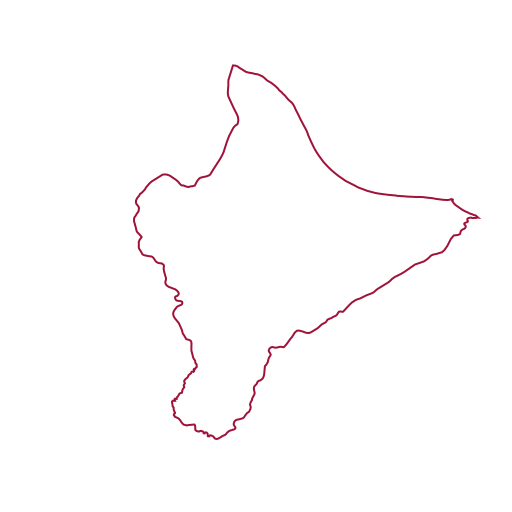 outline of Hatu-Udo, Ainaro, East Timor, rotated 221°
{"feature_id": "22284137B3809405900530", "entity_name": "Hatu-Udo", "entity_type": "district", "adm_level": 2, "iso_a3": "TLS", "parent_name": "East Timor", "parent_adm1": "Ainaro", "projection": "orthographic", "projection_center": [125.605, -9.116], "detail": "fine", "context": "isolated", "style": "outline", "palette": "rose", "viewbox_px": 512, "rotation_deg": 221, "n_neighbors": 0, "source": "geoboundaries", "source_scale": "gbopen_adm2", "svg_char_len": 6092}
<svg xmlns="http://www.w3.org/2000/svg" viewBox="0 0 512 512"><g transform="rotate(221 256 256)"><path d="M137.5,331.2L134.9,337.4L133.7,341.0L130.4,353.9L125.7,362.1L124.5,366.8L124.2,371.1L123.4,373.0L120.8,376.5L119.4,378.9L118.1,380.8L117.7,384.1L118.2,389.1L120.1,396.7L120.2,401.3L118.4,403.2L117.4,404.4L116.5,406.2L116.7,407.0L117.7,409.0L117.8,410.1L117.5,411.6L116.8,412.9L116.5,414.0L116.8,415.6L117.9,416.4L119.6,416.6L120.1,417.1L120.1,417.7L118.7,420.6L118.8,421.1L119.4,421.6L120.1,421.8L120.7,422.4L120.8,423.0L120.6,423.9L119.6,425.3L118.7,426.2L117.8,426.5L117.0,427.0L116.1,428.1L114.8,429.2L114.5,430.1L113.6,430.7L116.8,430.7L117.5,430.4L118.5,429.8L120.1,429.4L122.8,428.2L124.5,427.9L127.6,426.9L130.3,426.3L132.8,426.0L138.8,425.4L140.9,425.5L144.0,426.3L144.2,427.5L144.5,427.7L144.9,427.6L145.2,426.9L146.0,427.0L146.1,426.5L147.6,424.5L148.4,423.7L151.9,421.0L157.6,417.2L160.9,415.3L166.0,411.7L168.2,410.3L172.2,407.1L173.5,405.8L175.8,404.1L180.4,400.4L184.8,397.2L185.4,396.6L186.7,395.8L188.6,394.2L190.3,393.3L196.2,389.0L204.2,383.7L207.6,381.7L214.9,378.1L218.3,376.9L222.4,375.3L225.4,374.4L227.1,374.1L237.5,371.5L246.6,370.5L251.4,370.3L255.3,370.3L259.6,370.5L266.5,371.2L274.2,372.9L278.8,374.2L282.9,375.6L289.6,378.5L296.0,381.5L297.8,382.6L300.2,383.8L311.7,388.2L317.2,390.6L322.1,392.5L324.3,393.6L327.2,394.7L329.3,395.2L334.1,395.2L339.5,396.1L342.1,396.1L343.8,396.4L347.3,396.3L349.1,396.8L351.7,396.9L352.4,397.0L358.0,396.7L362.5,395.8L367.3,395.9L369.1,395.8L374.0,394.2L376.3,392.7L378.6,391.6L381.8,389.6L384.7,388.3L389.5,387.6L391.5,387.2L394.3,387.0L396.4,386.2L398.4,384.7L392.3,370.8L390.7,368.7L389.4,367.4L384.7,361.1L383.5,359.8L381.4,358.2L369.4,352.8L363.4,350.4L360.8,349.1L358.3,346.8L357.1,344.7L356.6,343.7L356.5,342.9L356.9,342.0L357.2,340.4L357.2,337.9L355.1,329.1L352.9,323.1L348.6,313.1L347.8,310.4L346.8,305.9L345.0,293.2L344.0,287.3L344.5,285.7L345.5,283.8L348.5,279.8L349.6,277.9L349.7,275.0L349.5,273.6L348.4,269.0L350.0,266.6L351.2,265.5L351.6,264.6L352.4,263.6L354.3,262.6L357.1,261.6L358.4,260.5L359.5,260.4L361.5,260.6L363.6,261.0L366.2,261.0L373.8,260.1L376.4,259.1L377.5,258.4L379.2,256.9L379.9,256.0L383.6,243.9L384.0,241.3L384.0,235.4L383.6,234.1L383.5,232.6L383.7,228.6L384.3,226.7L383.8,225.3L383.7,222.1L383.0,219.2L381.5,217.4L380.3,216.8L378.4,216.5L376.2,215.8L375.6,215.2L374.1,212.9L373.9,212.1L373.6,209.1L373.2,207.3L373.1,205.5L372.8,204.6L371.1,202.4L365.5,198.7L363.9,197.5L362.2,196.4L361.3,196.1L356.7,195.7L354.8,195.3L354.6,194.5L354.5,192.1L353.8,189.9L353.1,189.0L352.2,188.1L350.6,186.1L349.9,185.4L348.6,184.7L345.4,183.8L343.5,183.0L342.6,182.8L341.4,183.1L340.2,183.6L336.7,185.6L334.5,187.1L333.5,187.3L332.1,187.3L328.2,186.2L327.1,186.2L325.6,186.5L324.4,187.1L322.2,188.6L319.9,188.7L319.3,188.4L318.7,187.8L317.5,185.9L314.9,183.8L309.8,180.5L309.0,179.8L308.3,178.9L307.9,177.8L307.3,176.8L306.4,176.0L305.4,175.5L304.3,175.2L301.8,175.4L295.3,177.8L293.5,178.0L291.7,177.9L290.6,177.6L289.8,177.1L289.3,176.3L289.2,175.4L289.1,174.7L289.5,173.8L290.1,172.8L290.2,172.1L289.6,171.3L288.7,170.7L287.7,170.3L286.6,170.4L285.4,171.0L284.6,171.7L282.6,172.8L281.8,173.0L281.0,172.5L280.5,171.8L280.3,170.8L280.4,170.1L281.8,167.3L282.2,166.2L282.3,165.0L282.0,161.5L281.8,160.3L280.8,158.2L279.9,157.4L278.5,156.5L276.5,155.8L270.2,154.7L263.3,151.5L260.8,149.7L259.7,149.2L258.4,149.0L254.1,147.5L251.6,148.7L250.3,149.1L249.5,149.1L248.9,148.9L247.8,148.2L242.9,142.4L236.7,138.1L235.8,137.7L233.4,137.1L231.3,135.4L229.8,135.2L229.3,134.9L227.9,133.3L228.1,132.4L227.9,130.6L228.4,130.7L228.7,130.1L228.6,129.5L228.0,129.1L227.2,128.7L227.2,127.5L227.8,127.3L228.4,126.9L228.6,126.0L228.1,124.8L228.7,122.1L228.0,119.6L228.5,116.3L228.2,114.5L227.6,114.0L226.1,113.3L226.0,112.2L225.8,111.1L225.3,110.6L224.1,110.0L223.9,107.6L223.5,106.5L223.3,105.9L222.8,105.4L222.2,104.2L223.2,102.7L223.4,101.7L222.8,98.6L223.0,97.2L222.1,96.1L223.6,94.9L223.1,94.0L222.1,93.6L222.7,93.0L223.7,92.5L223.9,91.4L223.8,90.8L220.9,88.5L220.2,87.8L218.7,87.6L217.5,86.2L215.8,85.2L214.4,84.7L214.0,84.1L214.2,83.3L214.0,82.6L213.6,82.0L212.8,82.0L212.0,81.4L208.0,82.6L205.5,82.3L203.1,81.6L201.3,81.3L200.0,81.3L197.1,82.7L195.9,84.3L192.8,87.5L192.4,88.1L191.8,88.4L191.0,88.2L189.8,87.2L188.0,85.3L187.5,84.9L186.3,84.9L185.0,85.4L183.9,86.0L183.4,87.3L182.9,87.9L182.1,88.1L181.3,88.6L180.0,88.7L179.2,87.9L178.4,88.4L178.6,89.0L178.1,90.1L177.1,90.4L176.2,90.3L174.1,88.4L173.0,89.2L173.3,89.7L173.2,90.3L172.1,91.2L169.8,91.8L167.5,91.3L166.7,91.5L165.9,91.9L164.9,93.0L163.8,95.9L163.4,97.6L161.9,100.9L161.8,101.6L161.9,103.8L161.6,105.8L161.2,106.9L158.6,111.1L158.5,112.0L158.6,112.6L159.2,113.2L161.9,113.9L162.7,114.7L163.1,115.4L163.7,116.9L163.6,118.6L163.0,119.9L161.3,122.1L159.4,125.1L159.2,126.3L159.5,128.2L159.7,131.7L159.1,133.5L159.1,134.1L160.0,137.2L160.7,138.3L161.2,138.8L162.8,139.7L163.3,140.3L164.1,142.3L164.6,144.9L165.2,145.5L165.5,146.4L166.4,150.3L166.7,151.1L167.3,151.9L170.0,153.9L170.9,154.9L171.5,155.8L171.7,156.5L171.6,160.2L172.1,161.4L172.3,162.3L171.9,163.9L171.1,164.9L170.6,167.7L170.9,169.3L171.5,170.8L172.5,172.5L173.9,174.4L177.0,178.7L177.0,179.6L176.9,180.7L177.3,182.9L177.7,184.1L178.5,185.4L179.5,187.7L179.8,190.1L180.1,191.1L181.2,191.8L183.3,192.3L184.1,192.7L184.5,193.2L184.8,194.1L185.0,194.8L185.0,195.7L184.7,196.9L184.2,197.8L183.6,198.3L181.8,199.1L181.2,199.5L179.4,201.6L178.6,202.9L177.3,204.1L175.7,205.0L175.2,205.4L175.1,206.4L175.1,209.7L175.7,216.4L175.7,218.4L176.0,221.0L176.4,222.6L176.4,224.4L176.0,226.6L175.1,227.5L173.9,228.4L172.6,228.9L171.2,229.7L168.5,230.6L166.2,232.0L165.5,232.6L164.5,234.4L162.1,242.0L161.5,247.5L160.0,251.4L159.9,252.7L160.2,254.1L160.2,255.1L159.0,257.6L158.4,258.5L157.8,260.7L156.5,263.4L156.4,264.5L156.9,268.3L155.7,269.7L154.9,270.1L153.9,270.8L153.7,271.7L153.4,280.6L153.1,283.9L151.8,288.4L150.6,290.6L149.6,292.1L147.0,298.5L143.8,304.5L143.3,306.2L143.0,309.0L142.5,311.3L138.9,322.7L138.4,325.5L138.4,327.4L137.5,331.2Z" fill="none" stroke="#9f1239" stroke-width="2"/></g></svg>